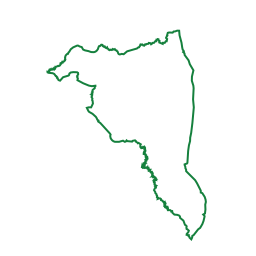 Ban Phue, Udon Thani, Thailand, rotated 187°
{"feature_id": "78962969B51412577639732", "entity_name": "Ban Phue", "entity_type": "district", "adm_level": 2, "iso_a3": "THA", "parent_name": "Thailand", "parent_adm1": "Udon Thani", "projection": "mercator", "projection_center": [102.531, 17.723], "detail": "fine", "context": "isolated", "style": "outline", "palette": "green", "viewbox_px": 256, "rotation_deg": 187, "n_neighbors": 0, "source": "geoboundaries", "source_scale": "gbopen_adm2", "svg_char_len": 5793}
<svg xmlns="http://www.w3.org/2000/svg" viewBox="0 0 256 256"><g transform="rotate(187 128 128)"><path d="M79.0,52.3L78.4,51.3L76.1,51.6L75.2,51.1L74.9,50.4L74.0,50.8L73.6,49.3L71.4,47.7L68.5,47.8L66.7,47.4L65.7,46.6L65.3,45.1L61.7,42.8L59.7,38.9L58.5,38.3L57.8,37.6L57.9,36.1L57.5,34.9L56.7,34.7L55.1,33.5L55.5,31.9L56.8,30.0L56.8,29.1L54.6,29.0L54.8,28.2L54.0,27.7L53.6,26.7L51.6,25.2L51.0,27.0L51.0,28.8L49.8,29.7L46.0,36.0L44.2,37.7L42.5,41.7L41.7,45.0L41.2,49.6L41.3,50.0L42.8,51.3L41.2,52.5L41.2,56.5L42.0,61.4L41.7,64.1L42.3,66.4L43.5,69.0L46.3,72.4L47.9,72.8L48.2,74.8L52.7,81.5L55.0,84.4L65.0,92.2L65.3,93.9L66.1,95.0L66.4,96.6L67.3,98.2L67.4,98.8L65.1,100.0L64.8,100.7L65.5,112.6L65.4,118.3L64.8,122.6L65.1,126.0L64.7,130.9L64.7,140.8L65.2,156.5L66.9,164.3L67.7,175.4L68.3,178.0L70.4,182.7L70.8,186.8L70.1,193.2L74.4,198.8L76.1,202.5L80.7,207.4L81.0,208.9L81.7,209.5L81.8,210.3L82.5,210.3L82.2,211.4L83.3,212.5L84.0,214.5L85.3,219.2L88.1,226.2L89.1,230.8L91.1,230.6L93.0,229.6L94.5,229.3L95.3,228.1L98.9,227.8L100.1,227.3L100.6,224.4L100.3,224.3L101.2,222.4L101.0,221.7L100.0,221.1L100.2,218.8L101.1,218.7L101.9,217.0L103.8,216.8L103.8,215.7L107.4,216.7L107.6,217.7L107.3,218.2L108.7,219.2L108.7,219.8L109.4,219.9L110.0,219.1L110.5,219.1L110.5,217.6L111.4,217.6L112.6,215.7L114.0,215.5L114.4,214.7L115.3,213.9L116.0,214.9L117.7,215.0L118.0,214.1L119.6,213.7L120.4,213.0L121.1,213.2L121.9,211.7L123.0,211.8L123.4,212.4L124.1,212.7L124.6,212.3L125.3,212.5L125.4,212.2L125.9,212.2L126.2,210.6L126.7,210.1L126.8,209.5L127.8,209.1L128.8,208.0L138.2,204.0L141.3,200.7L143.2,200.8L145.1,200.0L146.1,200.2L146.7,200.7L147.7,202.7L148.6,203.1L148.8,203.6L149.9,203.8L150.7,204.7L151.3,204.2L152.5,204.5L152.5,204.0L152.9,203.7L153.5,203.8L154.1,203.4L154.6,203.7L155.8,203.0L156.3,203.2L156.3,203.5L157.0,203.6L157.6,204.4L158.5,204.5L158.6,205.0L158.9,204.6L160.0,204.9L160.1,205.4L160.8,205.5L161.1,206.2L161.8,206.2L162.1,205.8L163.1,206.3L163.4,207.3L164.0,207.5L164.7,207.4L165.8,205.9L166.6,205.8L167.1,204.7L167.5,202.6L168.4,201.0L169.6,199.8L171.1,199.1L173.9,198.9L176.6,199.5L180.1,199.8L182.1,200.4L183.8,202.7L185.8,203.0L187.6,203.7L188.5,203.6L192.2,201.4L194.4,199.2L195.6,196.5L196.4,195.5L196.5,194.4L197.5,194.0L198.7,192.4L199.1,190.4L198.8,189.9L199.0,188.2L198.6,188.1L198.7,187.5L199.7,186.2L200.5,186.0L200.3,185.8L200.8,185.1L201.1,185.1L201.0,184.8L202.4,184.3L202.3,183.8L202.9,183.8L202.9,182.4L203.3,181.7L204.3,181.0L204.9,181.2L207.0,179.8L207.6,179.9L207.8,179.1L207.5,179.0L207.5,178.2L207.8,177.6L208.5,177.6L208.6,177.3L208.8,177.5L208.8,177.2L209.3,177.4L209.6,177.1L209.9,177.4L210.4,176.7L211.1,176.5L211.6,177.2L212.2,176.5L211.9,176.2L212.7,175.9L213.1,176.2L213.4,175.3L213.1,174.9L212.9,175.1L213.0,174.6L213.4,174.7L213.8,174.1L214.8,174.1L214.6,173.4L213.5,173.1L209.4,173.2L207.7,172.6L206.0,170.7L205.6,170.8L204.7,170.0L204.7,169.5L204.2,169.4L204.2,168.6L203.4,168.1L202.8,167.1L201.2,166.7L198.6,170.5L193.4,172.8L192.9,173.5L192.8,174.9L191.6,176.1L189.1,176.8L185.3,177.1L184.3,176.6L184.0,175.1L184.9,173.3L184.3,172.6L184.5,171.9L183.8,171.1L184.0,169.3L177.8,166.9L171.9,165.3L169.0,165.1L165.5,166.0L165.4,165.6L166.0,164.8L165.9,163.4L167.7,161.5L167.8,160.5L167.6,160.0L167.9,159.8L167.5,158.9L168.1,158.3L167.7,157.7L168.1,157.4L167.8,156.9L168.1,156.7L167.7,156.6L167.5,155.6L168.0,154.3L166.9,152.9L167.0,151.3L166.5,150.8L165.8,148.0L167.1,144.0L169.6,143.7L171.3,143.0L169.5,140.2L168.6,139.3L165.0,137.8L161.3,135.2L160.1,133.7L159.5,132.5L158.2,131.8L158.4,130.8L156.1,129.6L145.4,120.4L144.5,119.4L144.7,117.9L143.9,115.6L142.4,114.0L140.9,113.1L139.3,112.7L135.2,113.2L131.4,114.8L129.6,113.9L128.7,114.2L127.9,115.5L127.2,114.9L122.3,115.0L121.9,115.8L119.5,116.6L118.6,116.0L118.5,115.4L116.8,114.6L116.4,114.1L115.8,114.5L113.4,113.4L113.7,112.9L113.5,110.8L112.4,109.6L111.5,109.8L111.5,110.5L110.9,110.4L110.7,111.1L110.2,111.0L109.8,111.3L109.7,110.9L109.5,111.2L108.9,110.9L108.8,110.5L109.2,110.3L108.6,110.0L108.5,108.9L108.8,108.5L108.0,108.0L108.0,107.0L108.8,106.6L108.5,106.1L108.8,105.4L109.2,105.8L109.4,105.0L110.1,104.8L109.0,104.8L109.1,104.1L108.5,104.1L108.8,104.4L108.3,104.6L108.3,104.2L107.8,104.1L107.9,103.8L106.9,103.4L107.0,103.0L106.5,102.5L107.1,102.2L106.8,101.0L106.0,100.7L105.6,101.3L105.9,101.6L105.4,101.7L105.0,100.3L105.5,100.3L105.7,99.8L106.1,100.1L105.9,99.9L106.5,99.1L105.5,99.0L106.0,98.3L105.7,97.8L106.1,97.4L106.7,97.6L106.6,96.8L107.0,96.2L106.0,95.4L106.9,94.8L106.9,94.2L107.2,94.7L108.2,94.8L108.2,94.3L107.6,94.1L108.4,93.6L108.1,93.0L108.8,93.0L108.9,92.6L108.4,92.2L109.1,92.1L109.3,92.4L109.4,90.8L109.0,90.7L108.5,91.1L108.2,90.3L107.6,90.6L107.2,90.4L106.8,90.9L106.7,90.5L106.2,90.4L104.7,91.2L104.3,90.6L104.0,90.9L103.6,90.4L103.5,90.9L103.2,90.2L102.9,90.4L102.9,89.8L102.5,89.7L103.0,89.3L102.7,89.4L102.7,89.0L101.7,88.7L101.1,88.9L101.4,88.3L100.8,88.5L100.3,87.1L99.2,87.3L99.3,86.7L98.8,86.6L99.0,86.3L98.2,86.1L97.8,85.5L98.4,84.6L98.2,83.6L97.8,83.5L98.1,83.1L97.2,83.4L96.6,82.9L96.8,82.4L96.0,82.4L96.0,82.7L95.3,82.1L95.0,82.3L94.6,82.1L94.5,81.4L94.0,81.0L94.6,80.9L94.3,80.4L94.9,80.6L95.2,80.3L94.7,79.8L95.4,79.8L94.9,79.3L95.7,78.8L95.1,78.6L95.7,77.7L95.0,77.2L95.3,76.8L94.7,76.3L94.8,75.1L92.9,74.2L93.9,73.4L93.1,72.8L93.0,72.2L93.9,71.7L94.6,69.5L93.1,67.7L92.9,66.7L91.7,65.8L91.4,64.6L90.9,64.4L90.8,63.8L90.9,62.8L90.2,62.2L89.8,62.3L89.9,61.2L88.6,61.9L87.4,62.0L86.6,61.5L86.4,60.4L84.9,60.1L84.5,59.3L83.9,59.2L83.6,58.8L82.8,59.1L82.9,58.3L82.5,58.3L82.2,57.9L81.8,58.1L81.5,57.6L81.8,56.6L82.6,56.5L82.5,55.7L82.1,55.3L82.3,54.8L81.8,54.6L81.6,54.0L80.5,54.3L80.7,53.7L80.4,53.4L79.8,53.7L80.0,54.5L79.4,54.2L79.1,54.4L78.8,53.8L79.2,53.7L79.1,53.3L78.8,53.3L78.5,52.6L79.0,52.3Z" fill="none" stroke="#15803d" stroke-width="2"/></g></svg>